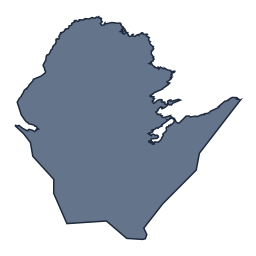 the district of Berlevåg nor, Finnmark, Norway
{"feature_id": "86288312B55537413701399", "entity_name": "Berlevåg nor", "entity_type": "district", "adm_level": 2, "iso_a3": "NOR", "parent_name": "Norway", "parent_adm1": "Finnmark", "projection": "orthographic", "projection_center": [29.154, 70.681], "detail": "fine", "context": "isolated", "style": "filled", "palette": "slate", "viewbox_px": 256, "rotation_deg": 0, "n_neighbors": 0, "source": "geoboundaries", "source_scale": "gbopen_adm2", "svg_char_len": 5669}
<svg xmlns="http://www.w3.org/2000/svg" viewBox="0 0 256 256"><path d="M199.4,153.2L240.6,99.8L239.9,100.1L238.6,99.1L237.4,99.4L237.2,99.1L237.4,98.9L237.0,98.9L237.2,98.7L236.9,98.5L237.1,98.2L235.9,97.8L236.1,97.6L232.2,97.4L229.1,99.1L228.4,100.3L227.7,100.1L226.2,101.3L225.0,101.1L219.4,105.8L219.4,106.4L218.7,106.7L218.9,106.8L218.8,107.4L210.3,111.3L208.7,113.1L204.3,113.8L204.0,114.1L204.4,114.4L204.2,114.7L201.8,114.6L197.0,116.7L195.7,116.1L190.3,117.0L189.2,116.0L186.2,116.1L179.0,123.2L176.4,122.4L174.3,118.4L173.8,118.2L173.5,119.2L174.4,120.8L173.8,122.5L171.1,124.9L170.5,124.6L170.0,125.5L168.8,125.5L168.6,126.6L166.8,126.9L166.1,128.0L166.5,130.1L166.4,130.7L162.9,134.1L162.8,134.5L163.3,135.2L163.1,135.9L161.7,137.7L161.8,138.2L161.0,139.6L159.1,141.6L157.5,142.2L154.9,141.9L154.3,142.4L154.2,144.0L153.0,144.3L152.8,144.2L153.9,143.8L152.8,142.8L152.9,142.2L151.2,141.0L151.5,140.7L151.2,140.8L151.0,141.1L151.0,142.4L151.3,142.4L151.0,141.4L151.3,141.2L151.4,142.2L151.5,141.7L152.4,142.4L151.9,142.6L152.1,142.3L151.8,142.1L151.2,142.5L149.0,142.3L148.8,141.3L148.9,141.0L151.0,140.5L151.0,139.4L151.7,138.8L157.0,138.4L158.5,137.0L157.6,136.1L157.9,135.6L157.2,135.2L155.1,135.2L153.2,134.1L151.7,134.6L151.3,135.7L148.4,133.8L149.4,133.6L148.9,133.3L149.2,132.9L152.1,132.3L153.1,131.0L152.3,130.7L152.6,130.5L152.1,130.0L154.6,129.3L156.8,127.7L158.0,128.3L159.3,127.0L162.0,126.1L162.0,125.3L161.5,125.4L161.7,124.9L167.8,120.5L167.3,119.9L168.2,120.2L170.0,118.9L169.7,118.6L169.8,118.3L170.8,118.0L172.5,118.6L172.5,117.8L171.0,116.3L169.9,116.0L170.1,115.7L164.5,117.4L162.2,117.3L161.5,116.3L162.1,115.6L159.4,114.7L159.8,114.3L157.7,114.6L157.3,114.2L157.5,113.6L155.9,112.4L155.9,111.8L157.5,111.0L158.2,110.1L157.8,109.6L160.4,107.1L161.7,106.7L162.1,107.2L161.6,107.8L162.5,108.4L161.3,109.1L164.5,107.7L166.4,106.3L167.3,105.3L167.0,105.0L167.5,104.5L171.3,105.0L173.0,103.1L180.4,100.1L178.5,99.3L171.9,101.2L170.4,100.9L170.9,100.1L169.4,100.1L167.7,101.2L167.9,102.3L167.5,103.1L168.0,103.5L166.8,104.5L164.5,103.8L164.3,103.0L165.0,102.5L164.8,102.1L161.9,102.1L162.1,101.0L161.5,100.9L161.8,100.5L161.8,99.7L159.5,99.6L157.1,100.6L155.1,102.7L153.5,103.2L152.5,102.1L152.3,101.3L153.3,101.0L152.8,100.7L154.4,98.6L153.1,98.1L153.9,96.9L151.7,96.3L151.1,96.9L150.0,96.1L150.6,95.8L150.4,95.3L153.2,93.8L153.7,92.9L162.6,89.0L162.7,88.8L162.2,88.9L167.1,85.4L166.9,85.4L169.2,83.5L169.1,83.3L170.3,82.9L167.8,82.8L167.7,82.2L168.1,82.1L167.1,81.9L170.8,79.1L170.6,79.0L171.2,78.3L170.9,77.8L171.5,77.4L171.2,77.4L171.5,77.2L171.2,76.6L171.8,75.9L171.4,75.7L171.7,75.3L171.3,75.0L171.8,74.4L171.6,74.3L171.8,74.3L171.6,74.2L171.8,74.1L171.7,73.4L173.5,72.6L173.2,72.5L173.7,72.3L173.4,72.1L173.6,71.7L175.5,71.1L171.3,71.6L170.1,70.6L170.3,70.4L167.7,70.0L164.8,68.3L164.9,68.5L163.7,68.9L160.4,67.1L158.9,69.3L158.3,69.4L158.8,69.1L158.6,67.9L159.1,67.6L158.1,67.1L157.9,67.8L158.1,68.1L157.9,68.3L154.6,67.1L154.8,66.9L152.4,65.1L151.2,62.4L150.8,62.7L151.2,64.1L149.4,63.6L150.2,63.3L150.3,62.5L151.4,61.5L153.2,60.9L153.0,60.3L153.1,59.9L153.9,59.2L153.4,58.9L153.7,58.4L153.3,57.8L153.6,57.2L153.1,57.2L153.4,56.9L151.4,54.1L151.3,52.7L151.4,51.5L151.8,51.2L151.6,51.1L151.8,50.4L153.1,49.8L153.7,48.7L153.1,48.0L153.3,47.7L152.8,46.6L153.1,46.4L152.1,46.0L149.8,43.5L149.8,42.2L150.3,41.6L149.2,41.2L148.5,39.8L148.8,39.0L148.6,38.7L148.8,38.3L149.3,37.6L146.4,36.0L147.0,34.8L146.7,34.7L147.3,34.3L147.1,34.2L143.8,34.4L142.9,33.8L143.1,33.7L142.8,32.9L141.7,32.7L141.4,33.0L141.9,33.4L138.1,34.7L138.3,35.1L137.5,34.7L137.3,34.8L137.5,35.1L136.1,35.4L135.3,36.4L132.1,35.9L133.2,34.4L132.9,34.3L132.0,34.6L132.1,35.2L131.7,36.0L129.4,36.3L128.4,35.6L128.2,35.2L128.4,34.7L127.2,33.4L127.7,32.6L126.0,32.5L125.8,31.1L125.1,29.8L124.9,29.9L125.6,31.0L125.9,32.4L125.5,32.4L125.5,31.9L125.0,31.5L125.4,32.5L124.3,34.0L122.4,33.3L123.4,31.9L122.8,30.9L122.1,31.9L120.4,31.6L122.2,30.3L122.5,30.6L122.4,30.3L123.0,29.7L122.0,29.5L122.4,29.2L122.4,28.5L123.7,28.3L123.2,28.0L123.5,27.7L123.4,27.1L122.4,26.8L122.7,26.4L122.3,26.6L121.0,25.2L120.8,24.3L121.1,24.1L120.0,23.0L117.7,23.3L111.9,22.5L106.1,23.8L105.2,23.6L105.0,22.8L104.4,23.6L104.2,24.9L101.7,25.3L100.4,23.6L102.2,21.8L101.0,20.2L101.5,18.7L100.8,18.0L99.5,18.2L98.8,16.6L97.7,17.4L96.6,17.0L94.7,18.3L92.1,17.5L88.9,19.0L85.1,18.6L85.1,19.3L83.9,19.3L83.2,20.0L80.1,19.8L80.3,20.0L79.0,20.4L78.8,21.1L77.8,21.6L76.4,20.4L74.8,20.6L74.4,21.1L74.6,21.4L74.3,21.4L74.6,21.9L71.7,23.4L71.7,24.1L71.9,24.2L71.4,25.2L69.2,25.9L69.3,26.4L68.8,26.9L68.4,28.5L66.3,28.9L66.6,29.1L64.6,30.0L64.5,31.0L62.9,32.2L60.6,32.7L60.5,33.1L60.9,33.4L60.2,33.8L60.3,34.3L58.9,36.3L59.2,37.7L59.0,38.8L58.2,39.2L57.1,38.6L56.7,39.5L56.0,39.5L56.1,40.3L55.9,40.6L56.2,41.3L55.6,43.7L53.0,46.2L52.2,49.0L50.7,50.3L50.6,51.2L49.1,54.0L48.3,54.8L47.3,54.7L46.2,56.2L46.2,57.3L45.7,60.3L43.6,64.0L43.3,64.7L43.5,65.1L43.1,65.9L44.4,68.0L44.6,69.9L45.6,71.2L45.0,73.1L40.9,76.2L33.3,79.3L33.1,80.0L33.1,80.6L28.9,85.3L28.5,86.5L26.8,88.2L26.8,88.9L25.8,88.9L24.3,90.3L23.4,92.1L23.3,92.8L21.5,95.4L21.4,96.3L19.3,98.4L17.2,102.2L21.3,114.9L25.0,120.3L26.7,122.1L27.8,122.5L28.5,123.7L33.8,125.0L35.0,126.4L34.9,126.0L36.6,126.7L37.3,128.5L38.0,128.8L36.8,129.0L36.9,129.4L36.8,129.7L37.1,129.8L36.1,130.3L36.8,129.5L36.2,129.7L34.7,131.6L32.3,130.2L29.4,129.4L28.4,129.6L28.4,130.3L27.5,130.9L22.9,128.5L18.9,125.4L16.7,126.1L15.8,125.3L15.4,126.0L23.7,133.8L30.4,142.5L32.8,156.3L53.8,179.4L53.7,193.3L66.9,223.6L106.4,221.0L126.7,238.4L142.5,239.4L145.3,238.8L146.8,234.5L143.8,228.1L162.9,203.6L196.2,170.1L199.4,153.2Z" fill="#64748b" stroke="#1e293b" stroke-width="1.5"/></svg>